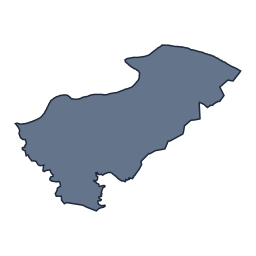 Yala, Cross River, Nigeria
{"feature_id": "59680162B30655337934726", "entity_name": "Yala", "entity_type": "district", "adm_level": 2, "iso_a3": "NGA", "parent_name": "Nigeria", "parent_adm1": "Cross River", "projection": "orthographic", "projection_center": [8.567, 6.667], "detail": "fine", "context": "isolated", "style": "filled", "palette": "slate", "viewbox_px": 256, "rotation_deg": 0, "n_neighbors": 0, "source": "geoboundaries", "source_scale": "gbopen_adm2", "svg_char_len": 4445}
<svg xmlns="http://www.w3.org/2000/svg" viewBox="0 0 256 256"><path d="M200.0,118.8L199.2,103.0L199.6,102.4L204.0,104.4L207.3,107.5L210.5,105.4L212.7,105.2L214.5,103.4L218.1,101.5L219.8,101.3L224.0,95.5L219.8,87.1L227.8,80.1L233.0,81.0L239.6,72.6L240.6,70.9L239.0,70.1L237.0,68.8L235.3,68.0L233.3,67.1L231.3,66.3L230.5,65.8L229.2,65.0L227.6,64.2L224.8,62.1L223.1,61.7L221.5,60.5L221.5,60.4L220.7,60.4L219.5,59.6L217.8,58.3L216.6,57.9L215.0,57.1L213.8,56.2L212.1,55.8L210.5,55.0L208.5,54.6L207.2,54.1L204.4,53.3L203.8,53.0L202.8,52.4L200.7,52.0L199.1,51.6L197.5,51.2L195.8,50.7L193.0,49.9L191.3,49.9L189.7,49.0L188.1,48.2L187.2,48.0L186.6,47.9L185.7,47.8L184.0,47.4L182.0,46.9L179.9,46.9L177.9,46.5L175.4,46.5L172.6,46.0L170.5,45.6L168.9,45.3L168.1,45.2L166.0,45.2L163.2,45.1L162.0,45.1L161.1,46.0L159.5,47.2L158.3,47.6L157.0,48.8L156.5,49.2L155.8,49.7L153.7,51.3L152.5,52.1L151.7,52.9L149.6,54.6L149.3,54.7L148.0,55.4L146.8,55.8L145.1,56.2L144.3,56.6L143.1,56.6L141.0,57.0L137.8,57.4L135.3,57.4L135.1,57.4L133.3,57.4L131.6,57.8L128.0,58.4L127.1,58.6L125.1,59.8L125.1,60.6L125.5,61.9L125.7,62.1L126.3,62.7L127.5,63.5L128.7,64.8L130.3,66.0L132.0,67.3L132.8,67.7L134.0,68.6L135.6,69.0L136.9,70.2L138.1,70.7L138.9,71.9L139.7,73.1L139.3,75.2L139.3,76.5L139.2,78.1L138.0,80.6L136.4,82.2L135.9,83.1L135.1,83.9L133.9,85.1L133.1,85.9L132.2,86.8L130.6,87.6L129.4,88.0L127.3,88.8L125.3,89.2L122.8,90.4L120.4,91.2L117.1,92.5L114.2,92.9L111.8,93.3L109.7,93.7L107.3,94.5L104.8,94.9L101.5,94.4L99.9,94.4L97.4,94.4L94.6,94.4L92.1,94.8L90.1,95.2L87.6,96.4L84.8,96.8L81.9,97.6L80.7,98.4L79.0,98.8L77.8,99.2L76.2,99.2L74.9,99.2L74.1,99.2L72.5,98.8L71.3,98.8L70.4,97.5L68.8,96.3L67.6,95.4L66.0,95.0L64.7,95.0L63.1,95.0L61.9,95.4L60.2,95.4L58.6,96.2L57.0,96.6L56.1,97.0L54.1,98.2L52.4,99.5L50.8,100.7L50.0,102.3L49.0,103.9L48.7,104.4L48.3,105.6L47.1,107.7L46.6,109.4L45.8,110.2L45.0,111.8L44.2,113.5L43.3,114.3L42.5,115.5L41.3,116.8L39.2,118.4L38.0,118.8L36.8,119.6L34.7,120.4L33.5,120.9L31.8,121.7L30.2,122.1L28.1,122.9L26.5,123.3L24.9,123.7L23.6,123.7L22.0,124.1L20.0,124.1L18.7,123.6L17.1,123.2L15.4,123.6L18.0,126.9L18.6,128.0L19.7,130.1L19.0,133.7L20.6,137.8L22.8,139.5L25.3,139.6L26.3,142.8L26.0,144.4L25.0,145.4L24.9,146.8L24.9,147.0L22.4,147.7L22.4,149.5L25.2,150.9L25.7,153.4L26.2,155.8L28.1,155.0L29.2,157.5L31.7,160.9L34.1,160.9L35.9,161.3L38.4,165.0L40.1,165.7L41.1,165.6L42.4,165.4L43.9,165.2L43.4,166.8L43.2,169.0L42.9,170.8L44.2,171.6L45.8,170.6L48.4,170.1L50.1,170.0L50.7,172.1L51.9,173.9L53.2,175.0L53.0,175.9L52.8,176.5L50.9,176.8L49.9,178.6L49.9,179.8L51.7,181.1L56.7,181.9L58.7,181.4L60.0,182.9L60.3,184.4L60.5,186.2L57.5,188.0L57.1,190.1L56.9,190.6L56.2,192.2L55.3,193.5L55.4,193.8L56.2,196.2L56.9,196.2L61.3,196.2L61.6,200.3L64.1,203.4L64.3,203.7L66.6,202.6L83.0,205.2L86.3,207.0L96.3,210.9L98.8,208.6L101.1,207.7L103.5,207.2L105.1,206.2L104.8,205.2L103.6,205.5L101.2,205.6L99.2,204.7L98.0,203.1L97.9,201.1L98.5,200.7L99.9,200.9L101.1,200.1L101.3,199.5L99.9,199.0L99.2,198.3L98.9,197.1L99.1,196.6L99.5,196.6L100.0,196.9L100.5,196.8L101.0,196.3L101.6,196.0L101.6,195.7L101.0,195.0L101.2,194.2L101.9,193.8L101.9,193.4L101.3,193.0L101.2,192.5L101.7,191.3L101.9,190.4L102.8,188.0L103.5,187.4L104.7,186.9L104.9,186.1L104.7,185.6L104.1,185.6L103.2,185.5L101.9,185.9L100.7,186.1L100.1,186.4L99.0,186.0L98.9,185.1L98.7,184.1L97.1,183.5L96.7,183.2L95.7,182.1L94.6,181.5L93.9,181.3L93.7,181.0L93.9,180.5L94.6,180.5L95.1,180.7L95.6,181.1L96.5,180.5L97.3,179.7L97.6,178.2L97.6,176.5L96.7,176.1L96.2,175.8L96.4,174.8L96.8,174.5L96.6,174.1L95.7,173.5L95.7,173.0L96.3,172.6L97.4,172.5L97.9,173.6L98.9,174.6L100.5,174.5L101.1,174.1L102.6,175.2L104.2,174.2L104.6,173.8L106.4,173.2L107.9,172.5L108.6,172.5L109.6,172.6L110.5,172.3L111.2,172.8L112.0,173.2L112.7,173.8L113.2,174.4L113.7,174.6L114.3,175.1L114.5,175.4L115.3,175.8L116.2,176.6L117.4,177.9L118.7,179.1L121.8,181.0L123.4,181.0L124.0,181.1L124.9,181.7L125.4,181.6L125.7,181.1L125.7,179.5L126.0,179.5L126.9,180.0L127.7,179.9L128.1,179.5L128.6,179.3L128.9,179.4L129.4,179.3L129.4,178.8L129.1,178.6L128.8,178.1L129.0,177.8L129.3,177.9L131.8,178.5L132.2,178.7L132.7,178.6L132.7,177.9L133.1,177.5L133.6,177.2L133.7,176.1L134.7,175.6L135.6,174.1L139.3,169.1L141.6,164.5L140.9,161.5L148.7,153.6L149.7,153.8L155.2,150.7L164.9,148.9L168.1,141.2L170.0,141.0L182.8,134.0L183.4,132.3L184.4,126.5L184.4,125.9L190.8,120.3L194.9,119.9L199.9,118.9L200.0,118.8Z" fill="#64748b" stroke="#1e293b" stroke-width="1.5"/></svg>